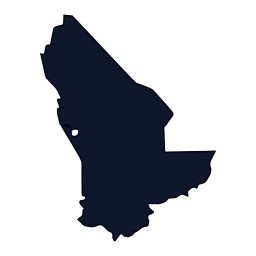 Mary, orthographic projection
{"feature_id": "TKM-360", "entity_name": "Mary", "entity_type": "Province", "adm_level": 1, "iso_a3": "TKM", "parent_name": "Turkmenistan", "parent_adm1": "", "projection": "orthographic", "projection_center": [62.192, 37.327], "detail": "fine", "context": "isolated", "style": "filled", "palette": "ink", "viewbox_px": 256, "rotation_deg": 0, "n_neighbors": 0, "source": "natural_earth", "source_scale": "10m", "svg_char_len": 3512}
<svg xmlns="http://www.w3.org/2000/svg" viewBox="0 0 256 256"><path d="M215.0,151.3L210.8,159.5L210.1,161.2L209.6,163.2L209.5,164.3L209.6,165.3L209.8,166.4L210.4,168.3L210.6,169.4L210.4,171.4L210.0,173.4L209.3,175.1L206.2,180.3L205.4,181.3L204.0,182.5L202.6,183.0L199.6,183.8L198.8,184.1L198.2,184.6L197.7,185.2L197.1,187.3L196.7,187.7L196.2,187.5L195.5,187.3L193.8,187.0L192.2,187.3L190.8,188.1L188.1,190.3L187.6,190.9L187.2,191.8L187.3,192.7L187.7,195.1L187.7,195.8L183.7,194.3L182.5,194.0L181.9,194.2L181.2,194.3L180.0,194.7L176.1,197.1L174.4,197.5L169.3,197.9L168.4,198.1L167.7,198.6L167.1,199.2L166.1,200.5L165.5,201.1L162.2,202.7L158.5,203.5L149.5,203.4L148.6,203.6L148.0,204.3L147.8,205.2L148.1,205.9L148.5,206.5L148.7,207.4L149.0,208.1L151.1,210.0L151.7,210.8L152.0,211.0L153.1,211.4L153.3,211.7L153.2,212.0L153.0,212.5L151.8,213.4L148.7,214.5L147.6,215.6L147.5,216.3L147.6,219.0L147.8,219.6L148.5,220.2L148.6,220.7L148.2,222.3L148.0,224.3L147.8,225.2L147.2,225.8L146.4,226.0L144.7,226.2L143.8,226.4L141.0,227.8L137.2,230.8L134.4,232.2L133.3,233.4L132.8,234.1L132.3,234.6L131.6,235.0L128.6,236.4L127.9,236.6L127.5,236.5L126.3,236.0L125.8,236.0L125.4,236.1L125.0,236.2L124.5,235.9L121.8,233.4L120.6,233.4L119.3,234.7L115.2,240.3L114.5,240.6L114.1,240.1L113.3,238.2L113.0,237.5L113.1,235.4L113.0,234.5L112.7,233.6L112.3,232.8L111.7,232.1L109.4,231.1L108.2,230.3L103.9,226.1L102.8,225.3L101.6,224.7L99.1,224.6L94.1,226.4L91.6,226.6L85.9,225.7L83.2,224.5L81.3,222.4L78.5,219.8L78.2,219.7L78.6,219.2L79.1,218.6L79.5,218.2L80.9,217.3L81.3,217.0L82.6,215.5L82.8,215.0L82.9,214.3L83.3,210.5L83.4,210.2L83.5,209.9L83.8,209.5L84.7,208.7L84.8,208.5L84.8,208.3L84.6,208.1L84.4,207.9L83.8,207.5L82.1,205.6L81.6,205.1L80.9,204.3L80.7,203.9L80.0,202.6L80.0,202.2L80.0,201.9L80.3,201.3L80.6,201.0L80.9,200.8L81.7,200.6L83.0,200.7L83.5,200.5L83.8,200.4L84.0,200.3L84.1,200.1L84.5,199.8L84.8,199.8L85.0,199.7L85.3,199.3L85.5,199.2L85.7,198.8L85.6,196.3L85.3,195.9L83.5,195.8L83.0,195.5L82.5,195.2L82.3,192.6L82.2,177.2L82.2,162.2L80.3,157.5L70.9,141.4L69.4,139.0L62.0,126.5L61.9,126.2L62.2,126.0L62.5,126.0L64.3,125.9L65.2,125.8L65.8,125.8L67.6,126.1L67.9,126.2L68.2,126.4L69.0,127.2L69.5,128.0L70.4,129.8L70.9,131.0L71.1,132.2L71.1,134.7L71.3,135.1L71.8,135.6L72.2,136.0L72.6,136.2L72.9,136.3L73.4,136.5L74.1,136.5L74.7,136.5L75.2,136.5L76.3,136.1L77.3,135.5L77.5,135.3L78.1,134.5L78.5,133.9L78.8,133.0L78.9,132.5L79.0,132.2L79.0,131.5L78.9,130.9L78.8,130.6L78.7,130.4L78.5,130.0L78.3,129.8L78.1,129.6L77.5,129.3L75.7,128.9L74.5,128.9L74.2,129.0L73.0,129.5L72.4,129.7L72.0,130.0L71.8,130.1L71.7,130.0L69.7,126.2L69.3,125.7L69.1,125.5L68.8,125.4L68.6,125.3L68.0,125.1L64.3,124.9L63.5,125.0L62.6,124.9L61.8,125.0L61.3,124.9L60.8,124.8L60.5,124.7L60.4,124.5L57.6,112.8L57.6,110.1L58.0,108.6L58.8,108.6L59.5,108.3L60.0,107.7L59.7,106.2L57.7,100.4L57.6,99.8L57.9,99.5L58.6,99.3L60.3,99.1L61.0,98.8L61.4,98.3L61.1,97.2L57.9,90.6L56.4,88.2L46.4,77.5L45.6,75.1L41.0,54.1L43.2,54.4L43.8,54.3L44.5,54.1L44.8,53.2L45.1,52.4L46.0,47.1L46.2,46.3L46.6,45.7L47.3,45.4L49.8,45.1L50.5,44.7L50.9,43.8L51.1,43.0L53.9,28.9L55.2,27.3L60.3,25.8L62.9,25.3L63.3,24.2L63.8,23.4L64.1,15.4L72.0,16.1L73.4,17.5L79.4,23.9L86.9,31.8L119.7,66.6L132.7,80.3L136.3,83.5L140.5,85.0L149.8,88.6L152.6,90.2L166.8,106.0L172.4,112.7L172.9,114.9L167.5,122.2L165.9,124.7L165.2,125.5L163.6,126.9L164.4,150.7L164.8,152.0L165.9,152.3L175.7,152.1L185.5,151.9L197.0,151.7L205.4,151.6L214.9,151.3L215.0,151.3Z" fill="#0f172a" stroke="#020617" stroke-width="1.5"/></svg>